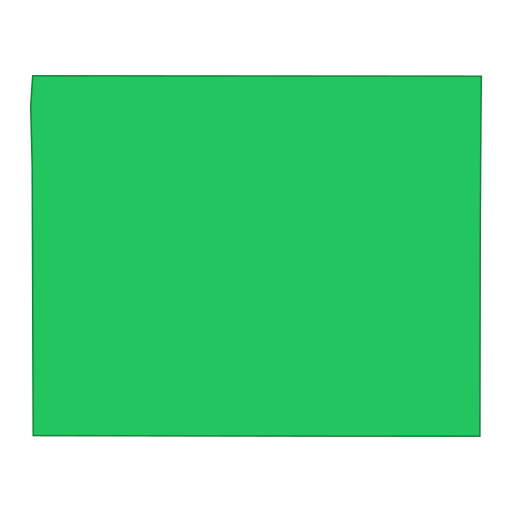 outline of Ottawa, Kansas, United States of America
{"feature_id": "52423323B84405668975661", "entity_name": "Ottawa", "entity_type": "district", "adm_level": 2, "iso_a3": "USA", "parent_name": "United States of America", "parent_adm1": "Kansas", "projection": "mercator", "projection_center": [-97.672, 39.132], "detail": "fine", "context": "isolated", "style": "filled", "palette": "green", "viewbox_px": 512, "rotation_deg": 0, "n_neighbors": 0, "source": "geoboundaries", "source_scale": "gbopen_adm2", "svg_char_len": 245}
<svg xmlns="http://www.w3.org/2000/svg" viewBox="0 0 512 512"><path d="M33.2,435.6L302.0,436.1L479.9,436.2L480.2,256.4L480.6,166.4L481.3,76.2L32.7,75.8L30.7,106.2L32.2,166.1L33.2,435.6Z" fill="#22c55e" stroke="#15803d" stroke-width="1.5"/></svg>